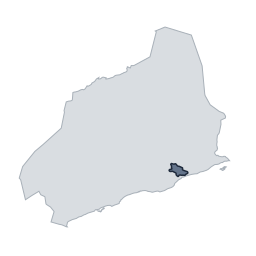 location of Al Bahah within Saudi Arabia, rotated 275°
{"feature_id": "SAU-885", "entity_name": "Al Bahah", "entity_type": "Region", "adm_level": 1, "iso_a3": "SAU", "parent_name": "Saudi Arabia", "parent_adm1": "", "projection": "equal_earth", "projection_center": [41.371, 20.064], "detail": "fine", "context": "in_parent", "style": "filled", "palette": "slate", "viewbox_px": 256, "rotation_deg": 275, "n_neighbors": 0, "source": "natural_earth", "source_scale": "10m", "svg_char_len": 4715}
<svg xmlns="http://www.w3.org/2000/svg" viewBox="0 0 256 256"><g transform="rotate(275 128 128)"><path d="M196.4,196.4L168.5,201.5L167.0,202.0L158.3,207.8L152.5,217.4L151.1,221.9L150.4,222.6L149.2,223.5L148.1,224.2L146.4,224.1L144.4,220.6L143.9,219.8L143.4,219.8L139.7,220.3L131.9,219.4L130.6,219.1L128.8,217.9L128.4,217.7L127.9,217.7L123.9,217.6L121.9,218.0L119.9,217.8L117.9,218.0L117.2,218.5L116.4,218.5L116.0,218.9L115.5,219.0L115.0,218.7L114.4,218.8L113.5,218.5L112.9,217.7L112.3,217.1L111.7,216.7L111.0,216.5L110.5,216.5L109.8,216.9L109.3,217.3L108.2,218.6L108.2,219.0L108.7,219.8L108.5,220.2L107.9,220.7L107.7,221.9L107.6,222.6L107.5,224.2L107.8,225.5L108.2,226.0L108.2,226.6L108.0,227.7L107.4,228.0L106.9,229.1L106.6,229.6L106.2,230.1L104.3,232.0L104.2,230.9L103.6,229.3L103.5,228.2L103.3,227.0L102.7,226.1L101.8,225.2L101.7,224.0L101.0,222.8L100.1,221.8L99.5,220.0L99.1,217.6L96.7,214.4L93.7,211.4L92.7,209.8L91.2,206.4L90.5,203.8L88.4,200.7L88.3,199.6L88.0,198.1L87.6,196.5L87.3,195.3L85.2,189.8L84.6,188.9L84.0,187.7L83.9,186.7L83.7,186.2L82.3,185.3L80.9,183.0L76.9,179.4L75.0,179.0L73.4,177.7L72.3,176.0L71.1,173.0L68.9,169.9L67.1,165.3L67.7,163.7L67.7,162.6L67.1,160.6L66.5,159.1L66.1,157.7L66.5,155.7L66.6,153.4L67.0,152.2L67.2,150.9L66.9,148.2L66.3,146.8L66.4,145.9L65.7,145.4L65.2,144.4L65.7,144.4L64.7,143.0L64.3,142.2L63.9,140.2L63.4,138.7L61.8,135.4L61.1,133.4L59.4,130.7L57.5,128.8L56.3,127.9L55.8,127.1L54.8,127.1L53.7,125.9L53.0,125.9L52.0,125.7L51.0,123.5L50.1,121.4L48.5,118.7L48.9,118.0L49.4,116.9L49.2,115.4L49.0,114.3L48.3,112.5L46.1,107.9L45.5,107.2L44.6,106.4L44.0,104.4L43.8,102.7L42.3,101.8L39.7,95.4L38.2,93.1L37.6,91.6L35.9,89.2L35.1,86.7L33.4,84.4L31.9,80.5L29.6,76.6L28.6,75.9L26.2,75.6L25.2,75.3L24.2,76.2L24.2,75.1L24.8,73.6L25.8,70.5L26.1,67.7L27.7,59.5L38.0,61.6L38.5,61.5L42.5,57.7L44.8,53.3L45.3,52.9L52.2,51.2L52.4,51.0L53.8,47.2L54.0,46.9L54.2,46.7L57.2,44.8L52.5,38.3L47.6,32.1L66.8,25.7L67.2,25.5L68.6,24.0L77.0,25.7L80.3,26.4L81.3,27.0L96.6,37.3L104.1,44.8L122.0,61.5L138.1,63.3L139.8,62.8L144.2,63.5L148.6,64.2L149.5,66.2L149.8,67.6L150.1,68.9L151.0,70.1L154.7,70.1L158.5,70.0L159.1,71.2L159.3,72.4L160.4,75.3L161.9,77.6L162.2,78.4L162.5,79.6L162.3,80.1L162.2,80.6L163.3,81.9L165.1,82.9L165.8,83.2L166.5,83.6L166.0,84.4L167.0,86.0L168.3,87.7L169.6,88.1L171.4,90.7L174.1,92.3L175.7,94.5L175.1,94.3L174.5,94.0L174.3,94.3L174.4,95.2L174.6,96.3L175.4,97.2L176.2,97.9L176.5,99.1L176.0,101.9L175.8,101.8L175.4,101.6L175.0,101.6L174.8,101.7L175.3,103.7L175.8,105.2L176.4,106.4L177.0,108.1L177.4,108.9L179.2,110.7L179.7,112.3L180.3,115.2L181.4,116.8L182.0,118.0L182.8,119.1L183.4,120.6L184.1,121.7L184.5,121.9L185.0,122.1L185.7,122.1L186.6,121.8L187.4,121.5L188.2,122.1L188.9,122.0L189.0,122.5L188.5,123.2L188.0,125.0L188.8,125.3L189.6,125.5L190.2,125.8L190.5,125.8L190.5,126.1L190.6,127.8L190.8,128.5L200.8,143.7L226.2,147.8L226.4,147.8L227.0,146.7L231.8,156.1L226.1,183.0L196.4,196.4ZM96.1,227.3L96.9,227.4L96.5,227.0L96.5,226.7L96.8,226.1L97.9,227.4L97.9,228.9L97.8,229.3L97.5,229.0L97.3,228.6L97.2,228.3L96.9,227.9L95.8,228.2L95.2,227.7L94.2,226.5L93.9,225.5L94.3,225.4L94.8,224.9L95.0,224.2L94.8,223.4L95.4,223.5L95.7,224.3L95.7,226.1L95.8,226.5L95.7,226.9L96.1,227.3ZM45.9,111.3L45.6,111.3L45.0,110.4L44.6,109.7L44.2,109.3L42.3,108.4L42.0,107.8L42.3,107.3L42.5,107.8L42.9,108.2L44.4,109.0L46.1,110.7L46.4,110.9L45.9,111.3ZM42.9,106.9L42.8,107.1L42.4,106.7L42.5,105.6L42.8,105.1L42.8,105.9L42.9,106.7L42.9,106.9Z" fill="#d9dde1" stroke="#a8b0b8" stroke-width="1"/><path d="M96.4,174.5L96.0,176.6L96.0,176.9L96.1,177.3L96.3,177.7L96.4,177.9L96.5,178.2L96.4,178.6L96.2,179.0L94.8,180.3L94.6,180.5L94.4,180.9L94.3,181.3L94.3,182.2L94.1,182.9L93.1,185.7L92.8,185.8L92.5,185.9L91.6,185.9L91.4,185.9L91.2,186.0L91.0,186.3L90.7,186.9L90.1,189.1L89.8,190.5L89.7,190.8L89.6,191.0L89.4,191.2L89.2,191.3L88.8,191.5L88.5,191.5L88.3,191.4L88.0,191.3L87.8,191.0L87.2,190.0L87.0,189.7L86.2,189.2L85.9,188.8L85.8,188.6L85.8,188.3L85.8,188.0L85.8,186.9L85.8,186.7L85.6,185.8L85.6,185.5L85.7,184.1L85.7,183.8L85.6,183.5L85.5,183.3L85.4,183.1L85.3,182.9L84.5,182.6L84.3,182.5L84.2,182.3L84.1,182.1L84.1,181.8L84.3,181.5L85.0,180.5L85.3,180.3L85.5,180.2L85.8,180.0L86.8,179.9L87.0,179.8L87.3,179.6L87.5,179.4L87.6,179.1L87.9,178.2L88.6,176.6L88.7,176.3L88.7,176.1L88.7,175.7L88.5,174.9L88.4,174.4L88.4,174.1L88.4,173.8L88.5,173.6L88.5,173.4L88.6,173.2L88.8,173.0L89.0,172.8L89.2,172.7L89.4,172.7L89.7,172.7L90.0,172.9L90.2,173.1L90.4,173.4L90.7,174.5L90.8,174.8L90.9,175.0L91.1,175.2L91.4,175.2L91.7,175.1L92.2,174.9L92.5,174.8L92.8,174.7L93.9,174.7L94.1,174.6L94.3,174.5L95.2,173.9L95.4,173.8L95.7,173.8L95.9,173.9L96.4,174.5Z" fill="#64748b" stroke="#1e293b" stroke-width="1.5"/></g></svg>